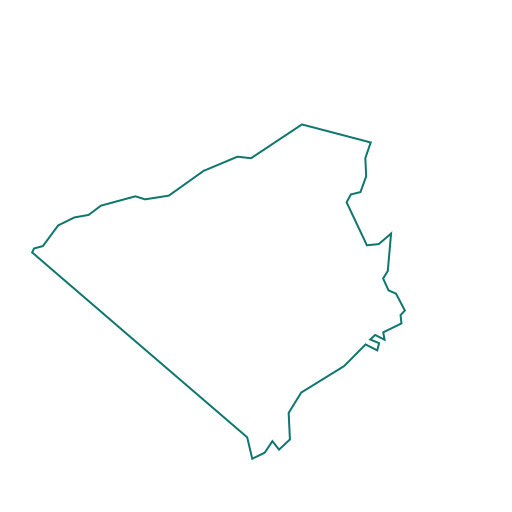 outline of Wau, Western Bahr el Ghazal, South Sudan, rotated 47°
{"feature_id": "79223893B74023037447504", "entity_name": "Wau", "entity_type": "district", "adm_level": 2, "iso_a3": "SSD", "parent_name": "South Sudan", "parent_adm1": "Western Bahr el Ghazal", "projection": "robinson", "projection_center": [27.449, 7.398], "detail": "fine", "context": "isolated", "style": "outline", "palette": "teal", "viewbox_px": 512, "rotation_deg": 47, "n_neighbors": 0, "source": "geoboundaries", "source_scale": "gbopen_adm2", "svg_char_len": 738}
<svg xmlns="http://www.w3.org/2000/svg" viewBox="0 0 512 512"><g transform="rotate(47 256 256)"><path d="M191.1,132.7L181.1,192.9L170.7,201.9L158.0,236.2L152.4,278.6L138.9,298.5L130.1,303.5L113.4,335.1L111.8,350.4L103.9,362.6L98.7,379.8L103.4,405.1L99.1,413.2L100.7,417.3L220.5,404.1L382.6,386.1L401.7,397.0L405.8,383.8L402.6,370.3L413.3,371.2L413.3,356.3L393.0,339.1L386.7,316.1L396.6,266.5L395.4,236.2L407.7,231.7L403.7,225.4L395.0,229.4L395.0,222.7L404.9,219.1L398.6,215.0L404.5,195.6L397.8,190.6L397.4,184.3L379.1,179.3L371.5,182.5L359.2,178.4L356.8,169.8L331.7,141.9L331.0,158.1L323.8,167.6L278.5,153.1L275.7,144.6L280.5,136.0L272.9,121.1L259.0,109.3L251.2,94.7L191.1,132.7Z" fill="none" stroke="#0f766e" stroke-width="2"/></g></svg>